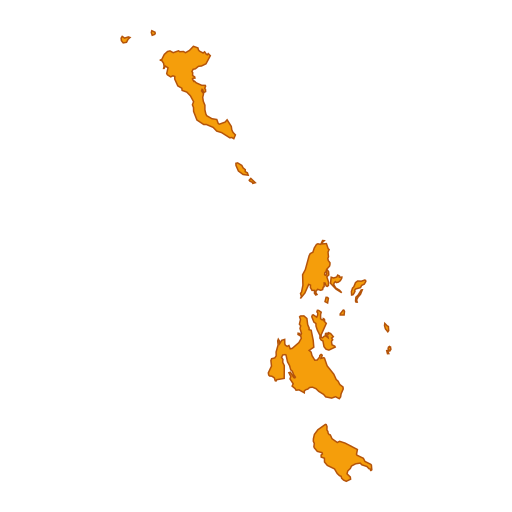 outline of Ionion Nison, Ionioi Nisoi, Greece
{"feature_id": "26713481B82557054028644", "entity_name": "Ionion Nison", "entity_type": "district", "adm_level": 2, "iso_a3": "GRC", "parent_name": "Greece", "parent_adm1": "Ionioi Nisoi", "projection": "orthographic", "projection_center": [20.46, 38.773], "detail": "fine", "context": "isolated", "style": "filled", "palette": "amber", "viewbox_px": 512, "rotation_deg": 0, "n_neighbors": 0, "source": "geoboundaries", "source_scale": "gbopen_adm2", "svg_char_len": 6063}
<svg xmlns="http://www.w3.org/2000/svg" viewBox="0 0 512 512"><path d="M303.9,315.9L300.4,316.0L299.6,316.8L300.5,319.5L299.4,324.2L300.7,325.8L300.0,328.4L301.5,333.4L301.0,334.7L299.8,335.2L299.6,333.5L298.1,333.2L298.0,334.5L300.7,336.0L301.3,338.3L298.9,342.6L292.2,348.4L290.2,348.8L288.9,345.5L287.1,346.4L285.3,345.1L284.8,343.7L284.7,339.4L281.7,340.3L279.7,343.6L279.3,340.8L278.3,339.2L277.7,340.9L278.1,344.9L276.1,352.0L276.2,355.8L274.8,357.9L271.6,358.7L270.9,360.6L271.5,366.1L268.3,372.9L268.7,375.0L269.6,376.0L271.8,376.2L274.3,377.8L275.2,380.7L276.0,381.0L276.8,379.7L284.2,378.4L284.3,365.6L282.7,362.3L282.9,359.4L281.5,357.3L282.8,354.9L285.1,354.6L286.0,355.0L287.5,361.8L289.6,365.7L290.7,369.8L292.3,371.2L293.7,374.8L295.4,377.1L294.8,377.9L293.9,377.7L290.4,372.2L288.9,372.7L290.8,376.6L290.0,378.9L293.2,383.8L292.1,386.1L295.1,388.6L296.0,390.2L299.1,389.9L304.3,392.8L304.4,390.8L305.8,389.7L307.8,389.1L309.6,387.5L312.5,387.2L316.0,388.7L318.8,391.4L323.6,394.4L325.7,396.9L331.7,398.1L335.5,396.7L339.3,398.7L340.6,396.9L341.1,393.8L343.2,389.0L343.0,387.0L339.8,384.5L338.1,381.2L336.2,379.5L333.8,374.2L327.1,365.8L324.5,358.2L323.8,357.7L321.0,358.4L322.2,355.5L321.8,354.7L321.1,354.4L319.8,355.5L319.6,357.1L317.1,360.1L314.8,360.2L312.0,355.6L311.1,352.1L309.1,350.4L313.8,347.2L313.2,340.3L311.2,330.3L309.0,329.6L309.2,328.1L307.7,324.7L306.9,318.5L303.9,315.9ZM197.9,47.9L193.4,46.3L189.5,50.4L185.5,52.7L183.4,51.5L179.8,51.7L178.5,50.8L173.2,52.7L170.0,50.9L167.5,51.5L164.3,54.4L161.7,59.6L159.8,60.1L161.8,60.6L163.6,63.3L164.1,66.4L163.6,68.4L164.1,68.4L165.3,66.1L168.0,67.8L166.7,73.6L167.4,74.8L170.7,76.9L172.9,75.8L174.8,76.5L174.7,79.0L177.8,85.9L181.8,88.2L182.1,90.4L186.8,92.1L190.4,95.8L193.6,101.7L192.4,104.8L193.5,107.5L193.6,111.4L196.9,120.0L203.7,124.5L206.4,124.5L213.2,127.4L216.7,131.1L221.6,132.6L229.8,137.8L231.8,137.5L233.8,138.7L235.4,134.9L233.0,132.4L231.8,129.9L231.3,126.4L227.1,119.8L225.1,122.1L219.3,124.2L218.2,123.4L216.8,119.5L211.9,118.7L206.7,115.7L205.8,113.8L204.9,109.8L204.9,105.2L203.3,101.3L202.7,97.3L203.6,93.6L201.5,90.9L202.1,89.3L202.8,89.8L203.5,92.6L205.6,91.6L205.5,89.4L204.7,88.4L205.6,86.2L205.3,85.4L201.7,85.3L196.2,82.8L194.4,81.1L193.8,81.4L192.4,78.9L193.1,78.2L194.9,78.1L194.7,76.9L192.6,75.5L192.7,72.6L191.9,71.6L193.1,69.3L195.4,68.8L198.5,66.3L201.5,66.0L206.0,63.8L210.3,55.7L208.2,53.6L207.3,54.8L206.2,54.1L204.6,51.8L203.1,53.0L199.6,51.2L198.5,50.0L197.9,47.9ZM337.3,442.5L332.0,438.7L330.3,434.9L329.2,434.6L328.1,433.1L327.9,431.5L326.9,429.9L327.0,426.6L326.2,424.6L325.4,424.4L317.9,429.7L314.4,434.4L313.4,438.7L313.3,441.2L314.3,443.4L313.9,446.7L314.3,447.8L317.3,451.4L322.0,452.6L322.4,454.0L321.1,455.0L321.2,457.1L324.4,458.2L324.5,462.0L327.3,465.4L334.5,468.9L337.2,473.5L339.5,475.7L341.1,476.3L341.6,478.2L343.6,480.1L346.3,481.3L350.6,479.2L350.3,477.0L347.0,473.8L347.8,470.9L350.3,468.5L351.5,466.0L355.6,463.8L360.2,463.1L361.8,464.8L366.9,466.5L369.1,468.8L371.1,469.3L370.4,470.9L371.8,469.8L371.4,465.1L370.7,464.3L364.9,461.4L363.4,458.3L357.0,455.2L356.5,454.3L357.4,449.5L345.1,443.1L339.6,441.3L337.3,442.5ZM322.4,243.9L322.2,242.6L324.2,240.7L322.6,240.5L320.7,244.4L317.9,243.8L316.5,244.4L314.3,247.9L312.9,252.2L310.2,253.6L309.1,255.8L305.3,269.7L302.6,274.7L302.9,285.2L301.5,292.2L300.5,293.4L301.4,296.5L300.4,298.5L304.9,293.0L308.7,284.4L310.5,285.1L310.4,287.5L312.0,290.4L314.6,290.4L314.4,293.2L315.7,295.0L317.0,294.5L315.9,292.7L315.9,291.4L317.6,289.3L320.7,290.3L322.6,289.6L323.2,287.2L324.1,286.7L324.2,282.9L325.1,283.1L326.1,285.9L327.2,286.4L328.4,285.5L328.6,282.3L326.8,276.8L328.8,274.9L328.6,271.7L327.5,270.1L327.1,269.8L326.3,271.1L326.8,273.5L326.2,275.0L325.3,275.3L324.6,274.6L324.9,272.6L326.0,271.7L326.6,269.4L329.5,266.2L329.9,264.8L330.0,262.8L328.3,260.6L327.8,258.4L328.5,256.8L328.0,252.1L329.1,249.5L328.2,248.8L326.4,243.6L322.4,243.9ZM320.6,318.8L320.6,314.4L321.2,312.2L318.6,310.4L317.4,310.3L316.9,311.9L317.8,313.0L317.6,315.2L316.7,317.2L313.2,314.8L312.3,315.2L311.8,316.8L313.9,322.1L315.9,323.5L316.0,326.1L317.2,329.8L320.0,335.5L319.9,338.2L321.3,340.2L322.9,340.9L324.0,346.7L326.0,349.2L328.9,350.1L335.2,347.1L334.8,346.2L332.0,344.8L331.5,342.0L331.7,340.8L332.7,339.8L331.6,338.1L333.3,336.7L330.6,333.5L327.7,332.4L328.9,333.6L328.0,334.5L326.1,333.2L325.5,333.7L325.4,334.6L327.8,336.5L328.1,337.7L325.8,335.9L324.4,336.1L322.5,337.8L321.1,337.4L321.2,334.7L326.3,323.4L324.0,320.9L324.7,320.1L324.2,319.1L323.3,318.6L323.2,319.7L322.2,319.9L320.6,318.8ZM364.8,280.0L361.3,281.2L357.6,281.0L355.5,282.6L353.8,286.8L352.5,288.1L351.4,291.6L351.6,295.0L352.9,294.8L353.9,293.5L355.0,291.3L354.6,290.2L355.6,289.0L360.5,287.6L361.6,285.4L364.3,284.1L365.8,281.5L365.6,280.4L364.8,280.0ZM337.7,275.1L336.7,277.0L333.6,278.0L331.2,277.2L330.5,283.3L336.1,289.2L341.7,292.7L339.5,290.2L335.8,288.0L333.8,284.7L334.0,283.2L335.3,281.6L336.4,282.6L338.4,282.1L340.3,280.7L341.7,278.3L341.9,277.1L339.4,277.2L339.4,276.0L337.7,275.1ZM248.2,175.2L247.4,172.8L245.2,171.6L245.3,169.7L243.1,167.9L241.8,165.4L237.6,162.9L235.9,163.3L236.0,165.5L238.4,171.0L243.1,174.5L248.2,175.2ZM124.6,38.1L122.2,36.4L121.1,38.2L121.4,40.7L123.2,42.9L126.5,42.3L128.1,39.2L130.0,37.5L128.4,36.9L124.6,38.1ZM357.2,302.1L356.6,299.9L358.0,297.1L360.5,294.3L362.3,289.8L361.3,289.9L358.1,295.1L355.9,297.2L355.5,301.0L356.0,302.1L357.2,302.1ZM388.4,326.5L387.1,325.8L384.8,323.4L384.5,325.6L385.4,328.8L387.8,331.8L388.7,330.6L388.4,326.5ZM340.2,315.0L344.1,315.0L344.5,311.3L343.8,310.1L343.2,310.1L340.2,313.9L340.2,315.0ZM327.6,303.0L328.4,298.3L327.4,297.4L326.1,297.3L325.0,301.6L327.6,303.0ZM389.8,347.2L389.5,346.5L388.5,347.1L388.1,348.5L388.9,349.9L386.7,350.6L387.5,353.7L388.8,353.6L387.9,351.7L388.6,350.9L389.8,351.0L390.9,349.3L390.5,347.0L389.8,347.2ZM252.8,183.4L255.3,182.7L250.8,178.4L249.2,180.2L249.8,181.1L252.4,182.4L252.8,183.4ZM152.2,35.3L154.6,34.4L155.2,33.6L155.0,32.2L151.8,30.7L151.3,32.5L152.2,35.3Z" fill="#f59e0b" stroke="#b45309" stroke-width="1.5"/></svg>